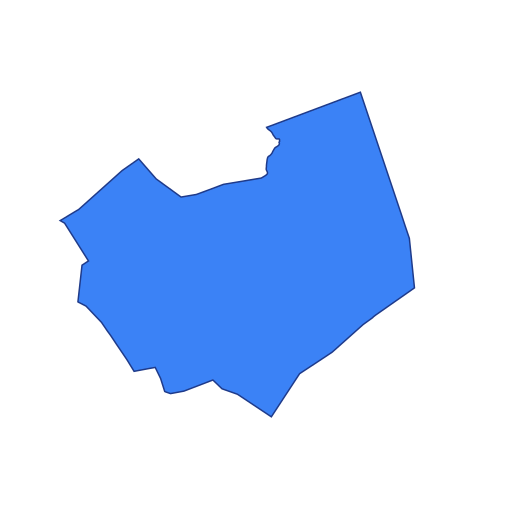 Onavas, Sonora, Mexico (Albers equal-area conic projection), rotated 148°
{"feature_id": "50627088B8443354195275", "entity_name": "Onavas", "entity_type": "district", "adm_level": 2, "iso_a3": "MEX", "parent_name": "Mexico", "parent_adm1": "Sonora", "projection": "albers", "projection_center": [-109.518, 28.457], "detail": "fine", "context": "isolated", "style": "filled", "palette": "blue", "viewbox_px": 512, "rotation_deg": 148, "n_neighbors": 0, "source": "geoboundaries", "source_scale": "gbopen_adm2", "svg_char_len": 1765}
<svg xmlns="http://www.w3.org/2000/svg" viewBox="0 0 512 512"><g transform="rotate(148 256 256)"><path d="M404.7,188.7L401.4,184.6L388.7,179.6L358.3,173.7L355.2,161.4L345.0,148.6L328.2,111.5L281.4,133.1L252.5,133.8L252.3,133.8L242.3,134.1L201.5,141.1L189.7,141.9L188.8,142.2L186.0,142.5L138.5,145.0L116.6,189.7L113.5,202.8L110.8,213.8L100.4,257.3L80.7,339.6L99.8,343.5L176.9,359.1L177.0,359.1L178.8,359.5L178.8,358.4L178.7,357.8L178.6,357.3L178.3,356.4L178.1,355.9L177.8,355.2L177.5,354.4L177.2,353.2L177.1,351.7L177.3,349.3L177.1,347.4L177.0,345.3L176.6,344.5L175.7,343.9L175.2,343.6L174.7,343.3L174.5,343.2L174.4,343.0L174.3,342.8L174.3,342.6L174.3,342.3L174.4,342.2L174.6,341.9L174.7,341.7L174.9,341.4L175.0,341.0L175.2,340.8L175.4,340.6L175.6,340.5L176.0,340.4L176.3,340.1L176.4,339.6L176.5,339.3L176.6,338.9L176.8,338.7L177.0,338.5L177.4,338.2L178.1,337.9L179.5,337.7L180.6,337.7L181.0,337.7L181.3,337.8L181.8,337.7L182.3,337.7L182.6,337.7L183.1,337.5L183.9,337.1L184.6,336.7L185.6,336.2L186.5,335.7L187.3,335.1L188.3,334.6L189.4,334.2L190.5,333.9L191.5,333.8L192.4,333.9L193.5,333.6L194.2,333.1L195.5,331.8L196.7,330.3L198.2,328.5L199.2,327.2L199.9,326.1L200.8,325.0L201.4,324.1L201.6,323.5L201.7,322.7L201.8,321.7L202.0,320.8L202.4,320.1L202.7,319.9L203.1,319.6L203.4,319.5L203.8,319.4L204.2,319.3L205.0,319.3L206.0,319.2L210.2,319.3L213.8,320.8L245.6,334.0L263.9,337.7L274.0,339.8L288.3,345.7L299.8,374.2L304.0,400.5L324.2,399.4L335.7,397.4L381.8,389.4L384.4,389.5L403.3,389.8L400.9,385.3L400.7,340.6L408.4,340.4L431.3,311.5L431.3,311.3L426.7,303.6L422.2,281.6L421.8,271.3L421.4,265.9L421.1,255.2L420.6,242.2L420.4,236.6L420.5,222.8L405.9,217.1L400.5,214.9L401.8,202.7L405.2,189.5L404.7,188.7Z" fill="#3b82f6" stroke="#1e3a8a" stroke-width="1.5"/></g></svg>